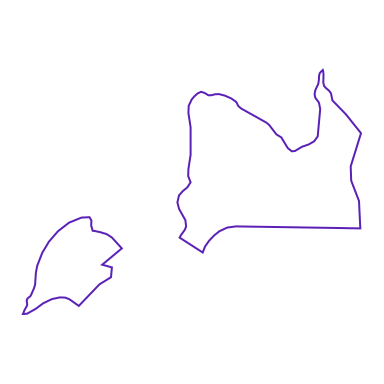 Misamis Oriental, Albers equal-area conic projection
{"feature_id": "PHL-2595", "entity_name": "Misamis Oriental", "entity_type": "Province", "adm_level": 1, "iso_a3": "PHL", "parent_name": "Philippines", "parent_adm1": "", "projection": "albers", "projection_center": [124.782, 8.703], "detail": "fine", "context": "isolated", "style": "outline", "palette": "violet", "viewbox_px": 384, "rotation_deg": 0, "n_neighbors": 0, "source": "natural_earth", "source_scale": "10m", "svg_char_len": 1575}
<svg xmlns="http://www.w3.org/2000/svg" viewBox="0 0 384 384"><path d="M179.6,237.6L180.9,235.2L184.9,229.7L186.1,226.4L185.4,220.2L179.1,209.0L177.4,202.4L179.0,195.4L182.8,191.1L187.2,187.5L190.6,182.3L188.2,176.1L188.4,169.1L190.6,154.8L190.6,127.3L188.4,112.9L188.7,105.8L191.7,99.5L194.2,96.5L197.5,93.5L201.1,91.8L204.7,93.0L208.4,95.3L211.6,95.2L214.9,94.3L218.9,94.1L224.8,95.6L231.2,98.4L236.3,102.0L238.4,106.2L241.3,108.6L266.5,122.7L269.1,124.9L276.4,134.4L281.3,137.4L287.7,148.0L291.8,151.3L294.9,151.0L301.9,146.8L308.8,144.4L314.2,141.3L317.7,136.4L320.2,109.0L319.0,102.9L317.8,101.0L316.3,99.2L315.1,97.1L314.6,94.1L315.3,90.2L318.3,83.8L318.9,79.7L319.1,75.5L319.8,73.1L321.5,71.2L322.8,70.0L323.2,71.2L323.5,74.9L323.3,82.6L324.1,86.0L326.3,88.4L329.0,90.6L331.0,93.4L332.4,100.4L345.8,114.2L361.0,133.2L350.7,166.4L351.2,180.7L359.0,201.0L360.3,228.4L331.8,227.9L331.7,227.9L235.8,226.4L227.1,227.6L219.1,231.4L219.1,231.5L214.2,235.4L209.2,240.6L205.1,246.4L202.7,252.5L179.6,237.6ZM23.0,314.0L23.1,313.8L24.2,310.8L27.0,305.6L27.2,304.2L26.7,300.9L27.0,299.4L27.9,298.1L30.2,296.4L31.1,294.9L34.1,288.0L35.1,284.6L35.9,272.7L37.2,265.8L42.3,252.7L48.9,241.7L58.0,231.2L69.0,222.7L81.4,217.6L89.5,217.2L91.4,220.5L91.2,225.7L92.7,230.8L94.3,230.9L101.7,232.5L102.4,233.0L104.6,233.4L107.3,234.5L112.0,237.6L121.8,248.4L102.2,264.7L111.9,267.4L111.0,277.2L99.5,284.3L78.8,305.9L69.5,299.3L65.2,297.6L59.8,297.4L51.9,299.1L43.2,303.3L42.1,304.1L35.3,309.1L35.2,309.1L27.1,313.7L23.1,314.0L23.0,314.0Z" fill="none" stroke="#5b21b6" stroke-width="2"/></svg>